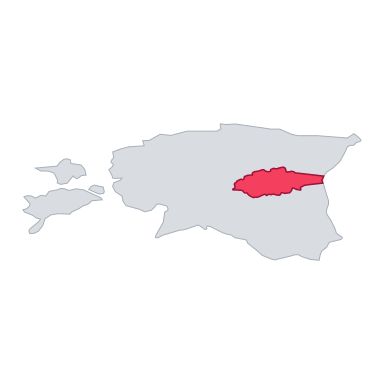 Jõgeva highlighted on a map of Estonia
{"feature_id": "EST-1657", "entity_name": "Jõgeva", "entity_type": "County", "adm_level": 1, "iso_a3": "EST", "parent_name": "Estonia", "parent_adm1": "", "projection": "equal_earth", "projection_center": [26.423, 58.721], "detail": "fine", "context": "in_parent", "style": "filled", "palette": "rose", "viewbox_px": 384, "rotation_deg": 0, "n_neighbors": 0, "source": "natural_earth", "source_scale": "10m", "svg_char_len": 4268}
<svg xmlns="http://www.w3.org/2000/svg" viewBox="0 0 384 384"><path d="M319.3,260.1L317.9,260.2L310.3,259.4L302.0,256.7L298.3,254.7L294.8,254.8L290.4,256.1L274.9,259.9L271.0,259.0L262.2,255.3L257.7,251.2L247.7,243.2L246.9,241.2L245.6,239.7L234.9,237.7L231.0,234.8L227.7,234.3L222.9,232.9L210.5,226.6L207.4,226.0L206.6,227.0L206.8,228.5L206.1,229.4L204.5,229.4L201.6,227.0L198.1,225.0L187.3,228.8L183.4,229.9L180.0,230.1L162.8,235.2L157.6,237.9L155.4,237.6L156.0,235.0L163.3,222.2L164.7,212.1L167.3,210.7L168.1,209.3L167.0,206.1L159.7,204.0L156.7,204.3L154.0,207.8L151.2,210.3L144.7,211.8L139.1,209.2L126.1,205.7L122.9,201.0L122.2,196.3L115.4,191.7L112.6,186.4L113.9,182.7L120.2,180.2L122.0,178.1L114.1,178.4L112.5,177.9L112.2,176.0L108.9,169.5L112.1,167.0L113.5,164.5L111.0,162.4L111.7,160.0L113.7,157.6L112.7,151.9L120.5,149.0L128.2,146.9L144.2,145.8L142.7,140.7L149.2,140.4L160.2,134.3L171.0,135.4L186.7,131.2L216.8,131.2L221.0,128.8L220.3,126.3L220.4,123.8L226.0,124.5L235.5,124.0L270.9,129.1L279.7,129.1L291.8,134.4L298.3,135.7L317.5,135.7L347.2,138.0L352.9,134.5L353.5,133.6L356.4,135.5L360.0,138.7L361.0,140.5L359.8,141.6L356.2,142.5L355.4,143.5L353.8,145.2L349.7,145.5L347.5,146.7L345.0,152.1L340.2,161.1L333.0,168.0L327.3,171.7L324.7,174.6L323.1,178.1L322.7,181.6L328.5,200.8L328.5,204.3L327.2,207.9L326.2,211.5L327.1,214.7L330.8,220.1L334.8,228.2L336.5,233.4L339.1,235.3L341.6,236.7L342.2,237.6L342.1,238.5L340.8,239.5L329.4,242.3L328.0,244.6L326.8,247.1L321.8,251.0L320.3,254.5L319.4,258.6L319.3,260.1ZM64.7,188.8L68.5,190.4L72.0,189.9L75.6,188.8L83.3,189.8L100.8,197.7L102.3,199.8L91.8,200.8L89.3,203.2L86.7,204.9L83.7,205.5L78.5,208.9L71.5,212.1L70.0,214.1L57.6,213.7L50.7,215.0L45.1,218.7L42.6,225.8L38.3,231.3L34.2,233.3L29.9,233.6L28.9,231.5L29.4,229.4L38.7,221.6L40.6,219.1L36.2,217.9L32.5,215.2L24.4,212.0L23.0,209.5L25.0,209.3L26.8,208.6L29.1,206.4L30.2,204.0L23.9,196.8L27.3,195.7L31.5,196.0L35.6,198.1L40.4,195.6L42.4,195.3L45.7,196.1L49.1,191.4L57.0,189.9L61.0,188.4L64.7,188.8ZM81.5,175.6L77.1,178.7L74.5,177.5L73.2,175.9L67.3,183.1L60.8,184.4L57.2,182.9L57.6,180.3L54.2,173.2L48.7,171.1L40.9,171.0L35.4,168.1L57.2,166.1L59.5,162.7L64.0,159.2L67.4,158.9L70.2,159.7L70.6,162.4L71.3,163.5L81.1,165.0L84.8,169.6L86.1,175.1L81.5,175.6ZM103.6,193.4L99.1,194.1L88.7,189.5L91.2,186.4L94.2,185.1L103.2,187.0L104.3,191.8L103.6,193.4Z" fill="#d9dde1" stroke="#a8b0b8" stroke-width="1"/><path d="M323.7,176.1L321.8,180.2L322.8,183.1L307.7,184.8L304.7,185.3L304.1,185.5L303.4,185.8L302.5,186.4L301.9,186.7L301.4,186.9L300.9,186.9L300.6,187.1L300.4,187.6L300.9,189.4L300.6,190.0L299.3,190.0L298.7,189.7L296.6,189.5L294.1,188.3L292.5,188.0L291.4,190.7L289.8,192.7L284.9,193.4L283.0,192.9L282.4,192.6L281.9,192.6L281.3,193.0L280.4,194.5L279.8,195.1L279.6,195.2L279.4,195.2L277.4,195.1L275.4,194.7L273.5,194.0L271.7,194.5L270.9,194.8L270.7,194.8L269.7,194.2L268.3,194.4L267.2,195.3L266.6,195.5L266.1,195.3L265.8,194.8L265.4,194.4L264.6,194.3L263.6,194.6L258.8,196.8L257.9,197.1L256.8,197.3L255.2,197.2L253.3,197.6L249.7,195.8L248.0,194.4L247.8,193.9L247.4,193.4L246.9,193.0L245.2,192.9L244.5,192.8L243.9,192.3L243.6,191.9L243.3,191.5L243.1,191.1L242.4,190.7L241.7,190.4L237.0,190.0L236.1,190.0L235.0,189.9L233.3,189.9L232.8,189.7L232.8,189.3L233.2,188.8L233.8,188.5L234.7,188.2L235.1,187.9L235.2,187.4L234.8,186.5L234.7,184.9L234.3,184.4L234.6,183.4L236.2,182.3L236.6,181.8L237.0,181.0L237.5,180.7L238.1,180.4L238.6,180.3L240.2,179.4L241.3,179.2L242.4,179.8L243.9,179.0L244.0,178.5L244.2,177.9L244.2,177.3L244.4,176.6L245.0,176.2L246.4,176.0L246.8,175.6L247.4,175.4L247.9,175.2L249.0,175.2L252.4,175.0L252.6,174.4L252.2,173.6L252.3,173.3L252.5,172.9L252.8,172.6L253.1,172.4L254.5,171.7L258.9,171.0L262.1,169.8L263.1,169.7L263.9,169.8L265.4,171.1L268.2,171.8L270.5,171.2L270.7,170.9L270.7,170.6L270.7,169.6L273.3,168.4L274.5,168.4L275.1,168.7L276.2,168.8L277.0,168.7L279.1,168.0L282.0,167.3L282.5,167.2L283.9,167.3L285.2,168.2L285.2,168.4L285.4,168.7L285.4,169.0L285.7,169.3L285.9,170.7L286.2,171.7L286.5,172.0L286.9,172.1L287.3,171.9L287.8,171.9L289.0,171.9L290.4,171.5L291.1,171.3L291.6,171.3L292.9,171.5L294.3,172.0L295.0,172.7L295.4,172.9L295.8,173.0L297.3,173.1L297.6,173.1L323.7,176.1L323.7,176.1Z" fill="#f43f5e" stroke="#9f1239" stroke-width="1.5"/></svg>